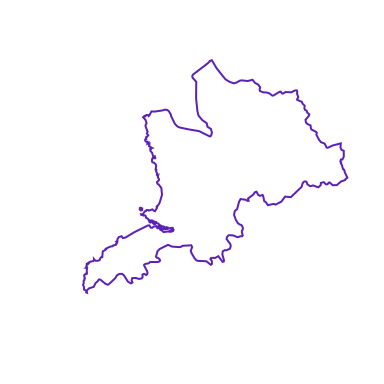 the district of Kutai Timur, Kalimantan Timur, Indonesia, rotated 140°
{"feature_id": "22746128B75924443266043", "entity_name": "Kutai Timur", "entity_type": "district", "adm_level": 2, "iso_a3": "IDN", "parent_name": "Indonesia", "parent_adm1": "Kalimantan Timur", "projection": "orthographic", "projection_center": [118.078, 0.931], "detail": "fine", "context": "isolated", "style": "outline", "palette": "violet", "viewbox_px": 384, "rotation_deg": 140, "n_neighbors": 0, "source": "geoboundaries", "source_scale": "gbopen_adm2", "svg_char_len": 6063}
<svg xmlns="http://www.w3.org/2000/svg" viewBox="0 0 384 384"><g transform="rotate(140 192 192)"><path d="M63.8,103.1L62.2,109.2L61.5,110.3L61.2,111.8L61.6,112.5L59.7,116.6L59.6,118.1L58.6,118.9L58.8,120.0L57.0,121.2L55.9,120.2L53.0,121.5L49.3,126.0L50.3,128.3L49.8,130.5L46.8,133.6L54.3,137.2L59.6,138.6L60.3,139.5L59.3,143.8L61.2,147.4L61.1,150.5L59.8,156.1L58.3,157.2L58.2,158.1L60.3,163.1L60.2,164.0L58.4,166.8L59.9,169.9L60.0,172.1L58.6,174.4L53.9,175.1L52.2,176.1L52.7,178.7L51.9,180.6L52.6,182.0L52.2,183.8L50.2,185.7L50.5,188.7L49.9,190.4L52.2,195.1L51.5,195.7L49.6,196.3L48.4,199.7L46.7,201.4L46.4,202.5L48.2,203.8L51.7,204.4L56.0,208.4L59.3,209.0L59.7,210.0L59.5,211.8L60.1,212.4L67.7,213.6L68.5,214.2L69.3,217.8L71.2,220.7L73.3,222.4L75.0,225.6L74.6,226.8L72.5,228.4L72.2,231.6L73.6,235.0L73.5,239.1L78.0,241.2L82.0,245.4L83.7,246.5L87.7,247.3L90.0,248.3L92.3,252.0L93.9,256.6L93.9,261.0L93.6,271.0L92.1,280.2L94.1,280.9L94.2,280.6L98.5,280.5L115.6,281.3L116.9,280.9L117.8,280.0L118.1,278.6L117.9,273.7L128.6,261.2L135.8,250.6L137.9,246.3L137.9,240.3L136.5,235.3L138.2,232.0L137.0,228.2L138.6,224.6L141.2,222.9L142.6,223.0L147.4,234.0L154.7,242.6L160.0,249.4L161.0,251.4L161.3,255.2L159.2,263.7L158.5,264.6L157.8,268.9L158.3,271.0L160.0,272.6L162.4,273.6L168.9,277.6L171.3,279.8L175.0,278.2L176.4,278.1L176.2,279.2L177.4,280.3L179.2,280.0L179.5,280.8L181.4,280.7L181.3,276.9L182.6,273.9L184.7,273.0L185.4,272.1L187.3,266.6L189.0,265.8L189.1,263.5L191.1,263.2L191.5,263.6L192.8,262.8L192.9,262.0L194.2,262.2L194.9,261.4L194.8,259.9L193.8,259.1L195.2,257.7L193.9,257.5L194.4,257.1L193.8,256.7L194.2,256.6L194.0,255.8L195.5,254.8L194.3,251.5L195.2,252.0L194.7,251.5L195.4,251.3L195.7,252.0L196.2,252.0L197.4,250.3L197.4,247.6L198.7,244.7L198.2,244.0L198.5,243.3L197.7,243.1L198.6,242.1L197.4,241.7L198.7,241.6L199.7,242.7L199.2,243.4L200.4,243.4L202.2,242.2L203.0,241.0L203.2,240.2L202.2,238.6L202.0,236.7L202.4,235.3L205.4,232.6L205.0,232.0L206.3,230.7L206.7,228.7L207.9,227.8L207.8,226.4L207.4,226.4L208.6,225.5L209.1,222.8L210.2,222.2L212.5,222.1L212.8,221.6L213.1,220.1L212.7,219.2L212.9,214.8L216.8,209.1L224.0,204.4L226.9,203.5L228.6,203.8L228.9,204.3L228.4,203.0L228.9,202.4L232.7,201.1L233.3,202.2L233.5,204.1L237.1,205.5L237.4,206.6L238.3,207.4L239.4,207.0L240.4,207.5L243.9,206.7L244.1,204.9L243.1,204.5L242.9,203.2L243.8,201.8L242.9,199.7L243.1,199.0L242.2,196.7L240.7,195.6L239.8,193.2L238.8,192.1L239.0,190.6L238.0,189.3L238.3,187.2L237.5,186.7L237.0,184.7L236.3,184.3L235.6,183.1L235.6,182.2L235.2,181.7L234.2,181.6L233.6,180.6L234.1,180.4L234.2,180.8L234.4,180.0L233.4,180.0L233.2,179.0L231.6,178.2L231.4,177.4L230.2,176.5L230.9,177.8L229.8,176.9L230.5,175.9L230.4,174.9L231.5,174.3L233.7,175.0L236.2,177.5L239.5,179.5L239.8,181.8L240.6,183.3L240.1,185.3L241.8,186.5L241.5,187.8L241.9,189.2L243.2,190.0L245.7,190.3L246.5,191.3L246.1,193.8L247.3,194.7L261.7,198.2L272.3,199.9L274.5,201.1L274.4,203.4L277.1,204.5L279.4,203.8L280.6,202.6L281.7,202.7L281.3,201.7L282.7,200.9L283.4,201.3L284.3,200.5L287.0,201.8L287.8,201.5L289.2,202.5L294.4,204.0L294.9,203.9L295.0,203.3L298.6,203.8L302.6,199.8L303.3,200.4L304.6,200.3L306.7,199.2L308.7,200.1L310.2,201.6L310.2,203.5L310.6,202.9L311.9,202.5L315.2,204.2L317.7,204.2L317.4,203.7L318.7,203.6L318.9,203.9L317.9,204.5L318.7,204.6L320.8,202.9L320.7,202.0L322.0,202.1L321.4,201.4L321.7,200.7L322.9,199.8L324.6,197.4L325.2,197.6L325.5,197.0L326.9,197.7L328.2,197.5L328.7,196.4L329.6,195.9L328.9,196.2L329.6,194.7L330.5,194.5L330.8,193.8L332.4,193.4L333.5,191.8L335.2,190.9L335.4,190.3L335.2,190.5L336.1,188.2L337.4,186.6L336.6,184.6L336.8,183.8L337.6,183.1L337.2,182.3L336.5,183.6L335.4,184.2L332.9,184.4L328.2,182.5L324.5,184.2L321.9,184.2L319.7,184.9L318.9,184.4L318.4,183.2L317.3,177.2L316.1,175.1L315.2,174.8L306.3,175.3L302.9,176.4L300.3,175.9L298.1,174.2L297.7,171.9L298.7,164.5L297.6,161.3L295.8,160.9L295.1,163.1L293.1,164.4L290.4,162.4L288.5,159.5L286.0,158.1L284.4,158.6L283.3,160.4L282.2,160.5L281.2,159.9L280.4,157.8L279.3,157.8L278.2,158.5L277.2,160.5L275.9,166.5L275.3,167.1L273.5,166.7L271.1,165.2L269.0,165.3L263.3,160.4L261.7,159.8L260.5,160.0L260.1,161.1L260.3,163.2L261.2,164.5L261.2,165.6L256.5,168.8L253.3,169.1L244.3,166.9L242.4,163.0L237.1,157.9L235.8,157.1L233.7,156.8L226.8,151.6L227.3,149.7L230.7,147.8L231.6,145.7L232.6,139.8L232.6,137.0L231.8,135.5L225.5,129.7L224.4,124.2L223.0,124.1L222.0,125.2L221.1,126.7L221.1,128.7L220.3,129.2L219.0,128.7L216.6,126.6L213.1,125.9L213.5,118.8L212.4,118.3L211.5,118.9L208.9,124.6L206.6,126.8L204.3,126.4L203.2,125.3L199.5,124.2L197.4,125.4L196.2,127.1L195.7,133.8L194.4,134.9L192.5,135.3L191.3,135.1L188.3,132.2L186.4,128.5L185.6,127.7L183.4,127.0L182.0,125.9L181.0,126.2L179.7,129.1L178.7,130.2L177.4,130.6L176.2,131.6L175.5,133.6L175.4,135.0L176.4,136.6L176.9,138.7L176.3,142.6L174.5,147.4L172.3,149.3L171.0,150.0L168.6,149.8L162.2,154.3L159.3,155.4L155.9,151.6L155.2,149.6L154.3,148.9L153.2,151.0L146.7,150.6L144.0,151.4L142.4,150.7L143.2,147.2L142.3,145.3L139.8,144.4L140.6,142.1L142.5,138.7L142.0,136.7L142.3,133.1L137.1,130.4L136.0,128.6L129.8,127.2L123.6,128.6L119.6,124.5L104.7,125.5L102.0,127.4L100.1,128.0L98.9,127.7L97.9,126.7L97.9,125.4L98.7,123.8L97.7,120.4L95.0,119.2L92.3,114.4L89.1,114.5L87.4,116.1L84.7,114.8L84.5,112.0L84.1,111.4L83.2,110.8L81.4,111.3L80.4,110.8L79.9,106.8L76.6,104.2L71.1,104.3L67.0,102.7L66.1,103.2L63.8,103.1ZM236.6,180.8L234.9,179.7L234.7,180.4L235.8,181.8L236.2,183.8L237.1,184.7L238.2,186.8L238.9,187.6L239.4,187.5L239.8,187.3L238.6,184.1L238.9,183.7L237.5,181.7L236.4,181.2L236.6,180.8ZM243.0,210.6L241.9,210.2L240.7,211.4L241.4,212.9L242.2,213.3L243.3,212.2L243.0,210.6ZM241.9,192.2L240.9,191.2L240.3,191.9L241.3,195.0L242.0,194.7L241.9,192.2ZM241.4,188.3L241.5,186.5L240.9,186.2L240.8,187.8L241.2,188.7L241.6,188.7L241.4,188.3ZM242.9,195.3L242.5,195.8L243.0,195.7L242.8,196.1L243.7,196.8L243.8,196.0L242.9,195.3ZM245.3,207.7L245.6,207.1L245.1,206.5L244.8,207.1L245.3,207.7ZM233.1,176.2L232.8,175.4L232.0,174.7L232.6,176.0L233.1,176.2Z" fill="none" stroke="#5b21b6" stroke-width="2"/></g></svg>